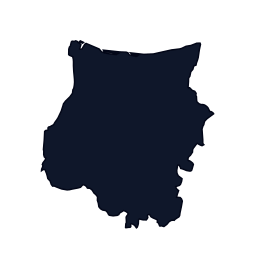 outline of Ivory Coast, rotated 192°
{"feature_id": "CIV", "entity_name": "Ivory Coast", "entity_type": "country or territory", "adm_level": 0, "iso_a3": "CIV", "parent_name": "Africa", "parent_adm1": "", "projection": "natural_earth1", "projection_center": [-5.78, 7.538], "detail": "fine", "context": "isolated", "style": "filled", "palette": "ink", "viewbox_px": 256, "rotation_deg": 192, "n_neighbors": 0, "source": "natural_earth", "source_scale": "50m", "svg_char_len": 3422}
<svg xmlns="http://www.w3.org/2000/svg" viewBox="0 0 256 256"><g transform="rotate(192 128 128)"><path d="M63.6,47.3L64.4,47.3L66.5,46.6L68.3,45.0L70.0,41.8L72.4,39.1L75.0,39.3L75.8,38.9L76.7,38.8L77.8,40.5L78.9,41.8L79.7,41.8L80.2,44.3L85.0,45.3L87.1,46.0L88.8,47.8L89.4,47.9L90.1,47.5L90.7,46.9L90.8,46.2L90.0,44.5L90.4,43.1L91.1,41.8L92.4,41.7L94.2,41.3L96.4,41.3L97.9,41.5L98.6,40.2L98.0,36.5L98.1,34.5L98.4,32.8L99.0,32.1L101.3,34.2L103.5,35.0L105.1,35.1L105.5,34.7L104.8,32.3L105.0,31.6L105.6,31.2L106.6,31.0L109.4,30.0L109.7,30.2L110.2,33.9L109.9,35.1L110.5,37.6L111.2,40.0L111.2,40.9L110.6,42.4L109.9,43.7L110.0,44.2L111.1,45.2L113.2,46.1L115.3,46.3L116.6,44.9L117.8,43.8L118.7,42.8L119.0,41.4L120.4,40.3L124.3,39.0L128.0,38.8L128.9,39.2L130.5,41.2L132.6,42.6L135.8,42.5L138.1,43.3L140.1,44.9L141.4,48.3L142.9,50.9L143.5,54.4L145.8,56.3L147.6,57.2L150.1,59.8L152.6,61.1L155.2,60.8L156.5,62.2L158.4,63.1L160.4,63.2L162.1,60.2L164.4,59.0L170.1,56.6L172.4,55.5L174.7,54.8L180.2,54.6L185.4,55.4L187.9,55.9L189.7,55.5L191.3,56.9L193.1,59.9L194.5,60.9L195.9,61.9L197.0,64.3L198.2,66.6L198.9,67.6L200.5,70.0L201.8,70.0L203.1,69.0L203.7,68.3L203.9,69.8L203.4,72.2L203.5,73.8L204.2,74.4L203.9,76.3L202.3,79.7L202.3,81.7L203.8,82.3L204.9,84.4L205.6,88.0L206.2,89.2L206.3,89.9L207.4,98.7L208.8,107.4L207.9,108.5L206.7,108.9L206.0,109.3L205.8,110.1L206.3,111.3L205.9,112.4L204.5,113.1L201.3,115.9L201.1,117.0L200.2,119.4L199.5,120.8L198.5,123.5L196.8,130.6L196.2,136.5L196.1,138.3L195.5,139.5L194.7,141.3L191.3,146.4L189.5,150.5L189.7,152.3L189.8,154.1L189.3,155.4L189.4,158.8L189.8,161.8L190.5,164.6L193.0,172.7L194.3,177.6L195.1,181.5L195.9,184.2L196.5,185.3L196.8,186.3L200.6,187.0L201.3,187.6L202.3,192.8L202.1,195.1L201.4,196.0L201.4,197.9L201.3,200.4L200.7,201.3L198.6,201.5L197.2,202.4L195.3,202.0L195.1,201.4L194.1,201.2L191.4,199.8L191.8,195.3L190.5,195.2L189.5,195.7L187.6,201.1L186.6,202.0L172.7,199.3L169.7,197.0L166.1,196.5L159.8,196.8L154.6,197.4L153.1,198.8L166.2,198.0L167.7,198.2L168.3,199.0L151.8,200.7L145.4,201.8L143.6,201.5L142.1,199.8L135.3,199.6L133.9,200.1L133.0,201.4L135.7,201.1L140.0,201.1L141.1,202.0L127.8,203.3L118.5,205.7L114.6,207.5L101.7,213.4L93.8,216.1L91.8,217.2L88.2,220.0L83.6,221.8L78.4,225.2L75.2,226.0L74.5,224.9L74.5,219.2L74.0,211.5L74.2,208.6L74.6,205.9L74.6,203.6L76.2,202.7L76.6,201.8L76.8,198.8L78.3,196.1L78.3,191.4L78.8,190.4L79.1,189.1L78.5,186.0L77.7,180.2L77.3,179.8L76.9,180.1L76.1,180.2L72.9,178.1L70.4,177.8L68.6,176.1L68.5,174.1L67.6,173.0L67.0,170.7L66.2,168.1L63.7,166.5L61.4,166.1L59.7,166.5L57.8,166.4L55.6,165.5L54.1,164.5L52.6,162.6L51.3,161.1L50.2,161.3L48.9,160.9L47.6,160.2L47.2,159.7L52.6,153.6L54.4,150.7L54.6,148.9L54.6,147.0L55.2,145.2L55.4,142.3L52.4,131.9L51.7,128.7L50.9,127.7L50.4,127.4L51.9,126.1L53.9,126.4L57.1,127.4L57.8,126.4L60.2,121.2L60.2,119.2L59.9,117.9L61.3,114.3L62.4,112.9L63.0,111.4L62.8,109.4L62.0,108.6L60.9,108.7L59.6,108.2L57.5,107.1L56.5,106.0L56.8,101.3L57.0,99.8L57.7,99.0L58.9,98.7L62.0,98.6L64.5,99.1L66.8,99.4L68.0,99.4L68.9,100.8L70.2,102.3L71.3,102.3L71.7,101.2L71.5,96.5L70.7,94.0L69.0,91.7L64.6,89.6L64.5,86.8L65.0,83.7L65.9,82.5L69.2,80.6L68.6,79.5L67.6,78.4L65.5,77.3L66.0,73.6L66.1,70.3L64.3,70.6L62.5,70.8L61.0,69.8L59.7,67.8L59.5,62.3L59.5,55.9L59.3,53.1L59.8,51.6L61.3,50.2L63.0,48.4L63.6,47.3ZM193.5,202.1L192.8,203.3L189.3,202.5L190.1,201.5L193.5,202.1Z" fill="#0f172a" stroke="#020617" stroke-width="1.5"/></g></svg>